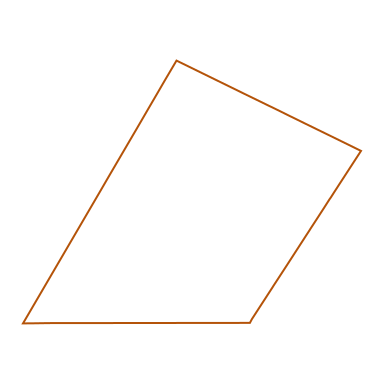 Al Ghayl, Al Jawf, Yemen
{"feature_id": "15242507B85587651128626", "entity_name": "Al Ghayl", "entity_type": "district", "adm_level": 2, "iso_a3": "YEM", "parent_name": "Yemen", "parent_adm1": "Al Jawf", "projection": "robinson", "projection_center": [44.71, 16.09], "detail": "fine", "context": "isolated", "style": "outline", "palette": "amber", "viewbox_px": 384, "rotation_deg": 0, "n_neighbors": 0, "source": "geoboundaries", "source_scale": "gbopen_adm2", "svg_char_len": 633}
<svg xmlns="http://www.w3.org/2000/svg" viewBox="0 0 384 384"><path d="M176.5,60.6L164.7,80.6L157.4,93.2L149.4,106.9L136.5,129.1L132.8,135.4L109.4,175.4L99.3,192.8L25.3,319.5L23.0,323.4L34.3,323.3L48.6,323.1L241.0,322.9L243.1,322.9L249.4,322.9L249.9,322.9L251.9,319.1L272.8,286.9L273.4,285.9L286.0,266.6L306.7,234.6L307.5,233.4L309.9,229.7L310.3,229.0L317.6,217.8L324.4,207.3L329.5,199.3L330.8,197.5L333.6,193.1L339.1,184.6L361.0,150.9L355.9,148.4L324.7,133.1L317.1,129.4L304.8,123.4L297.3,119.7L291.6,116.9L290.5,116.4L288.1,115.2L271.9,107.2L269.1,105.9L244.9,94.1L176.5,60.6Z" fill="none" stroke="#b45309" stroke-width="2"/></svg>